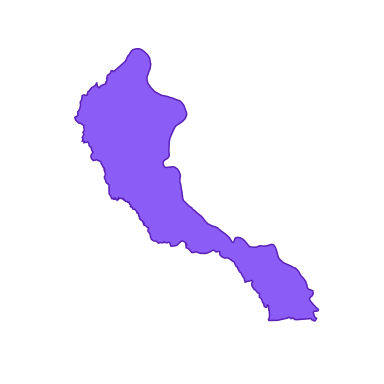 Magangué, Bolívar, Colombia (Natural Earth projection), rotated 348°
{"feature_id": "7082276B80599061362425", "entity_name": "Magangué", "entity_type": "district", "adm_level": 2, "iso_a3": "COL", "parent_name": "Colombia", "parent_adm1": "Bolívar", "projection": "natural_earth1", "projection_center": [-74.76, 9.142], "detail": "fine", "context": "isolated", "style": "filled", "palette": "violet", "viewbox_px": 384, "rotation_deg": 348, "n_neighbors": 0, "source": "geoboundaries", "source_scale": "gbopen_adm2", "svg_char_len": 6036}
<svg xmlns="http://www.w3.org/2000/svg" viewBox="0 0 384 384"><g transform="rotate(348 192 192)"><path d="M287.6,341.4L286.3,340.5L286.0,339.4L285.7,337.4L285.7,334.9L286.2,334.3L286.9,334.0L289.0,334.5L290.5,334.4L290.8,334.2L291.2,333.5L290.9,332.6L289.6,331.1L286.7,326.2L285.2,323.3L284.7,321.4L284.7,321.0L285.6,319.6L287.6,318.8L289.4,316.9L289.6,313.7L285.2,310.8L284.9,309.2L285.1,306.6L284.7,304.7L284.7,303.3L283.2,299.8L281.0,296.2L279.8,291.9L279.0,290.4L277.3,287.9L277.0,288.1L272.6,284.4L267.0,280.4L266.1,279.4L264.6,277.1L264.4,277.2L262.9,274.1L262.5,266.4L261.9,263.2L261.0,261.0L260.1,260.2L259.0,259.8L253.1,260.2L250.4,259.7L247.5,258.7L243.3,259.3L239.4,258.5L236.8,257.3L233.5,250.9L232.1,249.0L229.9,246.9L227.4,245.9L224.9,245.9L224.1,246.8L223.0,248.8L222.2,249.6L221.5,249.8L220.9,249.6L219.1,244.5L216.6,240.9L210.5,233.9L209.4,232.1L204.0,228.9L200.8,226.3L199.0,223.5L197.3,219.8L195.9,217.4L193.2,214.2L190.5,210.4L190.1,210.3L188.9,208.8L188.5,207.4L186.5,205.5L181.9,198.6L181.6,196.1L182.2,190.1L182.2,187.2L182.5,181.8L182.3,179.1L182.8,176.9L183.9,174.4L184.0,173.6L184.0,171.8L183.5,168.9L182.4,166.4L179.9,163.8L178.1,163.2L172.2,162.7L170.4,161.9L169.7,160.2L169.8,157.1L170.9,155.8L171.8,155.1L174.6,154.2L175.7,153.6L176.9,152.4L177.5,150.9L178.0,146.5L180.3,137.9L181.4,135.2L183.0,132.7L186.7,127.7L188.6,125.3L190.1,123.9L194.6,122.2L197.7,120.8L200.8,118.6L202.9,115.3L203.1,113.2L202.0,105.5L200.7,102.6L199.3,100.5L198.6,99.9L197.0,99.2L192.6,96.1L189.7,94.7L188.4,93.7L182.4,91.1L176.5,86.2L172.8,80.1L172.6,78.8L171.6,77.3L171.4,76.1L171.4,72.2L171.7,71.0L172.4,69.1L173.3,68.0L174.7,65.5L176.6,62.8L178.3,58.2L178.1,56.3L178.4,53.4L178.3,51.8L177.1,48.7L175.1,45.6L172.7,42.7L170.5,41.1L168.2,40.4L164.6,40.4L163.5,40.6L161.9,41.6L159.1,44.5L157.2,45.9L155.1,48.9L153.5,50.6L140.8,57.7L140.1,57.8L139.8,57.1L139.1,56.6L138.3,56.7L137.6,57.3L136.5,59.2L135.7,59.6L134.7,59.7L133.5,60.5L133.0,61.0L132.6,62.6L132.0,63.5L132.2,63.8L132.2,64.6L131.5,65.9L130.8,66.2L130.8,66.8L130.3,67.1L130.0,68.1L129.7,68.5L128.0,68.4L127.5,68.6L125.3,69.0L124.6,69.5L124.1,69.6L123.1,70.7L121.6,69.5L121.5,65.6L120.9,65.9L120.2,67.2L117.1,68.7L115.7,68.9L114.8,69.7L114.4,69.7L112.7,71.7L111.5,71.8L110.4,73.4L109.9,75.0L109.3,75.0L109.0,75.5L108.2,75.5L106.6,74.6L105.8,74.5L104.6,75.0L104.2,75.6L104.3,76.6L103.9,77.0L103.0,79.1L101.3,80.9L101.0,83.9L100.0,86.3L98.5,88.6L97.0,89.7L96.2,93.3L94.5,94.3L93.4,94.3L92.8,94.8L93.2,97.6L95.2,100.6L95.7,101.1L97.4,101.7L99.0,103.6L99.9,104.1L99.8,104.6L100.0,105.6L99.5,106.3L99.6,108.0L99.5,109.3L98.2,110.3L97.7,111.3L98.1,112.3L98.1,113.3L96.0,115.8L96.4,117.0L96.0,117.6L96.2,118.1L95.2,119.5L96.6,119.9L96.5,120.3L96.9,120.5L96.6,121.3L97.6,121.2L99.3,121.6L100.2,121.3L100.6,121.4L101.2,123.2L101.0,125.3L101.8,126.7L102.8,127.4L102.6,128.4L102.8,128.5L102.5,130.4L103.5,132.3L100.8,135.2L100.4,137.2L100.5,137.8L100.7,138.1L100.7,138.7L102.1,140.8L103.4,140.5L103.9,140.8L104.9,140.6L106.1,141.0L106.5,141.7L107.6,142.1L109.0,143.4L109.2,144.5L109.0,145.1L109.3,145.4L109.3,146.2L109.7,146.7L110.3,149.3L111.3,150.6L111.1,151.2L110.6,151.4L110.7,152.0L110.9,152.0L111.2,152.7L110.9,153.0L111.0,153.8L110.8,153.9L111.1,155.2L110.9,157.2L109.5,158.9L109.2,159.9L109.8,162.0L109.8,164.2L110.3,164.8L110.5,165.9L111.9,167.0L112.3,167.7L111.7,170.4L111.8,171.3L111.4,171.6L111.6,172.1L110.9,173.9L111.0,174.5L110.6,175.8L110.7,177.0L111.8,179.4L111.7,180.2L112.0,181.7L113.3,181.6L113.4,182.6L113.9,182.9L114.7,182.9L114.9,182.6L115.0,182.9L115.0,182.4L115.4,182.4L115.3,182.1L115.9,182.2L115.9,183.1L116.5,183.9L117.1,184.1L117.1,184.4L117.7,184.0L117.7,183.6L118.3,183.0L118.2,183.4L118.7,183.1L118.8,183.5L119.1,183.0L119.6,183.2L119.6,182.9L121.1,183.2L122.0,184.1L122.6,184.2L123.0,184.7L123.4,184.8L123.6,184.6L123.6,185.6L124.3,185.7L124.4,186.4L124.8,186.5L125.1,187.4L126.0,187.5L126.9,188.2L126.9,188.6L128.1,188.8L127.9,189.2L128.5,189.8L128.3,190.5L129.1,191.9L129.2,192.4L129.0,192.7L129.3,192.9L128.9,193.3L129.3,193.5L129.3,194.2L130.0,194.4L130.3,195.2L130.5,196.3L132.8,197.3L133.9,199.8L133.8,200.8L134.1,200.7L134.3,201.2L134.9,201.3L135.0,202.7L134.9,203.4L135.2,203.9L135.0,204.5L135.5,205.3L135.2,205.8L135.1,206.8L135.4,207.8L136.1,208.2L136.1,208.8L137.1,209.5L137.3,210.4L137.8,210.8L137.8,211.3L138.2,211.3L138.0,212.2L138.2,212.6L138.6,212.5L138.7,213.1L137.9,213.3L138.2,213.9L138.1,214.3L139.7,215.5L141.1,217.5L141.9,217.9L141.9,218.5L140.9,220.3L140.8,221.4L141.9,223.4L142.2,224.4L142.0,227.6L142.6,228.8L142.3,229.5L142.4,229.9L144.4,231.9L147.0,232.7L148.3,234.9L148.9,235.2L149.4,234.9L150.5,234.9L151.4,235.3L153.6,235.6L154.3,234.9L154.7,235.0L155.3,235.9L157.2,236.6L158.0,236.3L159.5,236.6L159.9,238.3L160.0,240.2L160.2,240.7L161.0,240.9L165.0,241.1L166.2,241.0L168.9,239.2L171.8,237.7L173.7,238.7L175.7,240.9L175.0,241.5L175.0,242.4L175.7,242.8L175.1,243.0L174.9,243.5L174.7,245.3L176.8,246.8L179.2,251.2L180.8,251.5L183.5,251.4L187.5,253.8L192.2,254.9L194.2,254.9L198.0,254.1L200.7,253.2L201.7,253.9L202.8,255.4L204.0,255.8L205.8,255.6L206.7,256.4L206.2,259.0L206.3,259.5L207.7,261.6L210.1,263.4L213.6,263.9L217.5,268.3L218.8,269.4L219.4,273.3L220.2,274.5L220.9,275.0L221.0,277.1L222.1,280.2L223.4,282.0L223.8,284.5L225.2,287.3L225.0,288.9L225.2,291.3L228.3,290.9L229.5,291.2L231.8,290.8L232.6,291.8L232.3,292.6L231.3,293.9L231.2,296.5L232.4,299.8L234.6,302.6L235.0,304.1L236.8,305.2L236.0,308.8L237.2,310.3L237.9,311.8L238.1,314.7L239.0,316.3L238.8,317.8L238.9,318.9L239.8,319.9L240.9,320.3L241.3,319.9L241.7,318.4L242.6,318.2L243.0,318.8L243.1,319.9L242.5,323.5L243.1,324.3L242.6,325.6L242.5,327.2L241.9,329.6L241.9,330.4L240.3,332.5L240.3,333.2L240.6,333.7L249.0,335.3L259.4,335.2L260.6,334.6L261.3,334.9L261.5,335.4L262.3,336.1L262.5,336.5L263.1,336.6L264.0,336.1L264.9,336.3L265.3,337.0L265.6,337.8L265.8,337.9L265.9,337.5L265.8,337.9L266.5,337.9L267.3,338.6L282.3,340.6L282.7,342.0L283.8,342.7L284.8,343.6L285.7,343.5L286.8,342.5L287.6,341.4Z" fill="#8b5cf6" stroke="#5b21b6" stroke-width="1.5"/></g></svg>